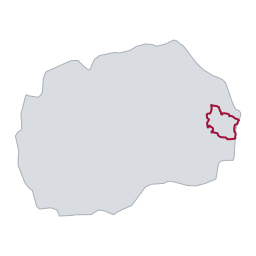 North Macedonia, with Berovo highlighted
{"feature_id": "MKD-3004", "entity_name": "Berovo", "entity_type": "Statistical Region", "adm_level": 1, "iso_a3": "MKD", "parent_name": "North Macedonia", "parent_adm1": "", "projection": "albers", "projection_center": [22.775, 41.662], "detail": "fine", "context": "in_parent", "style": "outline", "palette": "rose", "viewbox_px": 256, "rotation_deg": 0, "n_neighbors": 0, "source": "natural_earth", "source_scale": "10m", "svg_char_len": 2456}
<svg xmlns="http://www.w3.org/2000/svg" viewBox="0 0 256 256"><path d="M114.7,52.4L119.6,53.1L130.1,50.3L136.8,46.2L140.1,45.6L144.6,44.0L151.0,44.3L157.4,46.2L165.7,43.9L173.8,40.0L177.0,41.0L180.5,44.3L182.9,45.3L196.2,62.8L203.6,69.9L212.3,75.3L222.2,79.3L225.8,83.1L232.1,101.7L235.2,108.8L239.4,110.9L240.5,112.9L240.6,115.6L235.9,128.7L234.0,158.1L232.8,160.4L227.8,160.3L221.2,160.9L218.6,163.2L215.9,179.0L205.2,183.5L195.4,186.0L187.2,185.4L172.7,181.6L168.0,181.2L164.0,183.3L151.1,184.3L145.4,187.0L131.9,205.3L118.3,211.5L113.6,214.7L103.3,210.5L98.4,210.0L91.2,214.6L75.5,214.8L71.2,215.5L59.1,216.0L58.7,213.4L56.5,209.7L50.9,207.8L39.4,209.0L36.7,206.3L32.3,190.5L28.7,187.8L24.7,182.5L18.1,165.3L18.2,157.8L18.8,151.3L15.4,135.9L17.8,132.1L21.5,129.8L21.7,123.6L20.9,114.2L25.6,96.0L26.8,94.7L27.8,95.6L38.0,97.3L40.7,95.1L42.5,91.5L43.3,78.1L45.9,71.9L70.7,60.7L78.0,60.4L83.4,65.9L87.7,69.4L90.4,69.4L91.4,65.9L94.5,59.2L99.6,55.5L114.6,52.4L114.7,52.4Z" fill="#d9dde1" stroke="#a8b0b8" stroke-width="1"/><path d="M238.9,120.3L238.1,121.5L237.5,123.2L237.3,123.8L236.8,124.1L235.4,124.5L235.0,124.9L234.5,126.3L234.3,127.9L234.2,129.6L234.3,131.2L234.6,131.9L235.5,133.2L235.7,134.0L235.6,134.7L235.2,136.6L235.2,138.4L234.4,138.6L233.6,138.9L230.5,139.2L228.3,139.2L227.7,139.2L227.3,139.2L226.5,138.0L225.7,137.5L224.0,137.4L222.7,137.3L221.1,137.1L220.1,136.9L218.8,136.0L218.0,135.1L217.8,134.0L217.2,133.1L216.2,133.0L215.9,132.9L213.6,132.4L212.3,132.4L211.7,132.4L211.6,131.9L211.6,131.4L212.2,131.2L212.7,131.0L212.9,130.4L213.0,129.5L213.0,128.6L212.7,127.9L212.3,127.5L211.2,127.2L210.0,125.9L209.4,125.7L208.9,126.1L208.5,127.2L208.1,127.4L207.8,127.4L207.5,126.6L207.6,125.6L207.5,125.4L207.2,124.5L207.1,123.6L207.1,122.8L207.6,122.1L208.4,120.7L208.8,120.1L208.9,119.4L208.5,119.0L207.8,118.6L207.2,118.0L206.9,116.5L206.8,115.3L206.8,114.4L207.5,113.8L208.5,113.6L209.7,113.6L210.6,112.6L211.1,111.2L211.5,109.8L211.6,107.8L211.5,106.6L211.2,106.0L211.4,105.0L211.5,105.0L211.8,105.6L212.7,105.6L214.1,105.7L215.9,106.0L217.2,106.3L218.7,107.2L218.8,107.2L219.0,108.1L219.7,109.8L220.2,111.4L220.8,111.7L221.0,112.4L221.0,113.5L221.4,114.3L222.1,114.5L222.3,114.3L222.4,113.7L222.9,113.3L224.1,113.2L228.0,113.9L229.0,114.4L229.4,115.2L229.4,116.1L229.9,116.1L230.6,116.0L232.0,116.1L233.4,117.0L235.0,118.4L236.2,118.8L237.4,119.1L238.4,119.9L238.8,120.2L238.9,120.3Z" fill="none" stroke="#9f1239" stroke-width="2"/></svg>